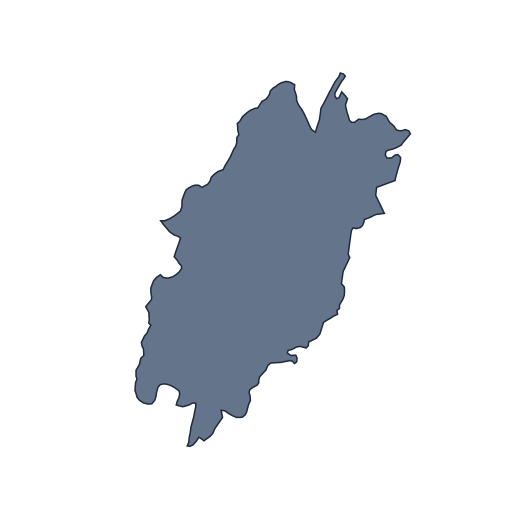 Presidente Dutra, Maranhão, Brazil (Natural Earth projection), rotated 23°
{"feature_id": "56859067B14161249303413", "entity_name": "Presidente Dutra", "entity_type": "district", "adm_level": 2, "iso_a3": "BRA", "parent_name": "Brazil", "parent_adm1": "Maranhão", "projection": "natural_earth1", "projection_center": [-44.458, -5.289], "detail": "fine", "context": "isolated", "style": "filled", "palette": "slate", "viewbox_px": 512, "rotation_deg": 23, "n_neighbors": 0, "source": "geoboundaries", "source_scale": "gbopen_adm2", "svg_char_len": 3730}
<svg xmlns="http://www.w3.org/2000/svg" viewBox="0 0 512 512"><g transform="rotate(23 256 256)"><path d="M234.4,98.8L232.3,96.4L231.1,93.6L229.1,91.0L226.3,87.9L224.7,83.2L219.5,82.7L215.5,83.5L211.5,86.7L209.3,89.6L208.1,92.1L206.4,94.3L204.7,98.2L205.2,102.3L204.7,105.3L203.8,107.9L201.0,111.5L200.5,114.4L199.8,118.9L197.4,120.4L193.7,124.3L191.7,127.7L189.2,132.8L188.4,138.5L187.0,141.3L188.9,144.8L190.0,147.2L192.8,151.0L192.1,154.3L194.1,159.8L194.4,163.1L193.8,166.2L193.7,170.8L193.6,175.4L192.8,181.0L192.2,185.2L192.0,189.3L187.9,193.2L185.8,196.8L184.0,201.1L184.5,204.8L183.4,209.1L181.5,211.2L179.6,213.9L175.5,213.3L172.5,214.4L170.0,216.5L167.4,219.7L165.8,222.6L165.7,226.3L166.1,233.4L168.5,239.6L168.9,244.2L164.9,251.4L161.2,256.2L158.1,259.3L154.5,260.8L158.0,262.9L167.1,267.5L172.8,268.7L175.6,268.4L179.3,268.6L179.8,272.3L180.5,283.5L181.0,288.7L185.6,290.9L188.1,292.9L191.3,294.2L192.3,296.7L191.6,300.4L189.5,304.8L187.4,307.7L183.6,310.8L179.0,312.0L175.3,310.6L172.9,314.3L171.4,318.9L171.7,326.8L173.8,331.2L176.0,334.5L176.8,337.3L175.6,340.9L174.3,345.8L177.6,348.3L179.6,350.0L180.7,352.6L182.7,356.5L183.5,359.7L186.3,360.8L185.7,364.7L185.8,369.8L184.6,373.1L184.3,380.5L186.5,383.7L188.7,385.5L190.2,388.5L191.6,391.3L189.9,395.4L191.1,401.6L190.2,408.0L192.5,413.5L194.5,415.8L194.6,419.6L197.2,427.2L199.1,429.2L201.9,432.7L205.5,434.5L209.9,435.2L214.5,434.5L217.8,432.8L219.2,428.4L218.7,423.7L217.7,420.3L217.1,415.1L217.9,412.2L220.4,410.1L223.4,409.0L226.0,408.6L229.2,408.6L232.8,409.0L235.3,409.6L237.7,410.2L239.5,412.3L240.4,416.3L240.3,421.0L240.8,424.3L243.6,424.0L247.5,423.4L250.5,421.0L253.0,418.8L255.1,416.1L258.1,415.1L259.5,418.5L260.4,423.3L261.5,428.3L261.9,431.2L263.0,438.9L264.6,444.8L265.4,449.0L266.9,453.9L266.9,457.7L269.5,457.1L271.9,454.4L273.5,449.5L274.3,445.1L277.5,445.7L280.3,446.5L282.0,443.6L284.3,439.8L285.5,436.2L285.6,430.8L288.3,417.7L284.2,411.6L287.9,410.7L291.7,411.6L297.0,412.2L301.0,412.2L304.2,410.9L306.5,409.6L308.0,406.7L308.4,403.5L307.8,399.9L307.2,395.7L307.3,391.1L305.0,386.7L303.0,384.6L302.5,381.4L305.1,377.3L307.4,374.7L308.1,372.0L306.9,368.5L306.6,365.8L308.4,360.6L309.7,357.1L309.6,352.1L311.3,348.9L314.3,347.3L320.8,344.1L324.3,341.6L328.2,339.0L330.9,338.7L333.4,340.0L334.8,337.4L333.8,334.1L331.4,331.7L326.8,333.9L322.8,333.1L322.4,330.4L325.7,327.9L328.8,324.0L331.8,322.0L338.1,321.1L339.2,318.3L338.1,314.5L340.7,311.6L343.7,308.1L345.3,302.9L344.6,295.7L344.1,290.8L346.2,287.6L348.6,284.6L351.0,280.9L353.8,277.9L351.8,274.3L353.4,271.7L352.0,268.7L352.8,262.2L352.7,257.9L351.2,253.6L349.5,250.1L345.4,248.0L344.3,243.9L342.3,236.3L342.9,220.8L340.1,218.2L334.8,198.9L333.9,195.0L334.4,192.1L337.6,191.6L340.8,189.1L342.1,186.6L342.1,182.8L341.6,180.0L346.1,175.7L348.3,173.0L350.1,171.0L357.5,166.6L342.5,153.4L340.2,145.7L354.5,132.2L353.7,128.2L352.6,119.9L352.0,113.1L350.7,108.9L346.9,107.2L344.7,108.6L342.4,112.8L338.4,114.6L335.6,112.6L334.8,108.9L336.4,106.9L340.2,104.1L343.0,101.3L346.3,97.3L347.3,93.0L348.3,90.1L350.4,83.2L347.8,81.2L344.0,81.3L341.4,83.6L338.6,84.8L336.0,85.0L332.5,82.7L329.9,81.7L327.2,81.0L324.5,79.1L321.4,76.6L316.0,75.9L313.1,76.7L309.0,79.6L306.0,83.4L303.3,87.1L300.3,88.9L297.1,89.9L294.5,94.4L292.0,95.6L289.1,94.7L286.1,90.9L283.7,88.3L279.4,82.2L278.8,75.4L275.5,73.6L270.8,71.4L270.5,77.9L268.7,79.7L266.0,77.7L265.0,75.0L265.5,70.6L266.2,65.3L266.6,61.7L267.5,58.6L267.9,55.5L265.3,54.3L262.1,54.6L262.2,58.6L260.7,64.6L260.3,68.5L260.0,73.2L259.6,76.0L259.2,83.0L258.7,89.0L258.1,94.9L259.2,98.5L261.1,105.6L261.7,113.2L262.3,118.9L257.6,117.8L255.3,115.9L245.4,106.8L240.6,103.0L237.3,101.1L234.4,98.8Z" fill="#64748b" stroke="#1e293b" stroke-width="1.5"/></g></svg>